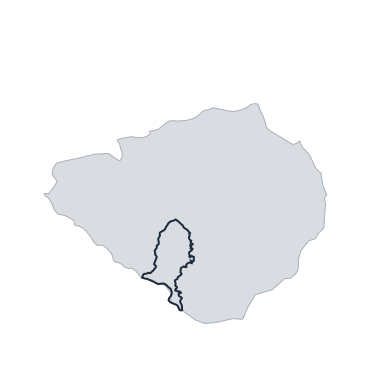 Río Negro highlighted on a map of Uruguay, rotated 300°
{"feature_id": "URY-9", "entity_name": "Río Negro", "entity_type": "Department", "adm_level": 1, "iso_a3": "URY", "parent_name": "Uruguay", "parent_adm1": "", "projection": "equal_earth", "projection_center": [-57.526, -32.894], "detail": "fine", "context": "in_parent", "style": "outline", "palette": "slate", "viewbox_px": 384, "rotation_deg": 300, "n_neighbors": 0, "source": "natural_earth", "source_scale": "10m", "svg_char_len": 5231}
<svg xmlns="http://www.w3.org/2000/svg" viewBox="0 0 384 384"><g transform="rotate(300 192 192)"><path d="M290.1,259.8L288.1,261.8L285.9,265.6L283.2,274.7L274.5,287.2L272.7,294.3L263.4,301.7L256.8,310.0L252.6,309.8L248.8,313.4L226.8,324.1L219.0,322.1L213.2,322.1L207.9,317.4L195.6,315.7L187.8,317.6L177.5,322.8L174.3,322.7L172.1,322.4L166.5,320.3L163.5,315.7L147.5,310.3L134.7,298.2L119.5,298.0L107.9,299.6L106.1,298.0L104.9,294.9L102.5,290.4L92.4,279.6L84.5,269.0L82.9,258.5L84.0,247.1L86.3,233.5L85.9,229.3L88.8,226.9L91.7,226.4L94.5,222.9L97.0,217.6L97.4,213.6L95.4,206.1L94.1,195.7L92.5,190.5L95.7,182.3L95.8,178.3L93.9,174.8L93.4,171.2L94.2,167.5L94.1,163.9L92.9,160.5L93.8,157.7L96.7,155.4L98.9,152.0L100.4,147.4L101.1,143.8L101.1,141.4L100.2,139.1L98.4,136.9L99.3,132.6L102.8,126.1L105.0,120.4L106.1,115.4L106.0,111.3L104.8,108.2L105.3,106.2L107.5,105.1L108.4,101.8L108.1,93.7L105.9,87.0L107.6,81.7L112.5,75.6L115.0,70.6L115.3,66.8L116.8,64.7L119.1,68.7L126.1,69.8L133.2,70.0L134.3,68.9L137.1,62.3L140.8,60.4L144.7,59.9L149.1,60.2L153.7,64.6L166.7,79.1L176.3,89.1L179.2,93.8L181.7,97.3L183.6,100.6L182.7,109.2L182.8,112.9L183.3,114.0L185.4,114.1L188.7,113.5L191.4,111.6L193.6,108.9L195.7,106.7L197.4,105.5L198.0,103.7L199.0,101.8L200.0,101.4L201.9,102.8L206.3,107.7L209.7,112.2L210.6,114.7L211.9,117.4L213.3,119.8L214.3,122.1L217.6,125.0L221.0,126.9L223.3,125.0L229.0,131.2L241.7,136.4L244.0,139.5L246.2,143.9L250.6,150.7L256.7,156.7L261.6,159.3L266.3,160.7L269.0,162.0L270.8,164.4L273.6,166.9L275.4,167.8L276.0,170.0L277.8,174.9L279.7,181.0L281.8,186.8L286.3,192.2L291.4,196.5L296.8,198.9L299.8,201.9L301.1,205.0L297.3,209.6L293.3,215.4L289.7,219.9L286.1,223.1L284.9,225.3L284.0,228.7L283.8,246.6L283.4,253.3L283.6,255.0L284.1,256.2L286.3,258.0L289.0,259.5L290.1,259.8Z" fill="#d9dde1" stroke="#a8b0b8" stroke-width="1"/><path d="M84.8,242.5L83.9,241.7L83.7,240.6L83.9,239.6L84.6,238.7L86.0,237.1L86.4,236.0L86.5,234.8L85.8,230.1L85.8,227.8L86.4,226.0L88.1,225.3L91.9,225.6L93.6,225.4L95.1,224.6L96.7,222.9L97.4,222.0L97.6,221.0L97.7,219.8L97.9,218.8L98.5,216.7L98.8,214.6L98.4,212.9L97.6,211.6L95.8,209.5L95.4,208.6L95.2,207.6L95.1,206.5L95.2,204.0L95.1,202.8L94.8,201.8L95.1,201.4L94.7,200.0L94.3,196.2L93.8,195.4L93.5,194.5L92.9,191.6L94.1,191.4L96.2,191.2L96.5,191.3L97.0,191.5L97.4,191.9L97.6,192.1L98.7,193.6L98.9,193.7L99.1,193.9L100.0,194.4L100.1,194.6L100.3,194.8L100.5,195.3L100.8,196.3L100.9,196.5L101.3,196.7L101.7,196.8L102.7,197.0L103.6,197.2L104.0,197.5L104.5,197.7L108.1,198.1L108.3,198.2L108.6,198.3L109.0,198.3L109.6,197.9L109.9,197.6L110.1,197.3L110.2,196.2L110.3,195.9L110.4,195.7L110.5,195.4L110.7,195.2L117.9,194.0L118.3,193.7L118.7,193.1L118.9,192.8L119.1,192.0L119.2,191.9L119.4,191.5L119.5,191.3L119.7,191.1L119.9,191.0L120.9,190.6L121.1,190.5L121.5,190.1L121.6,189.9L121.9,189.5L122.3,189.2L122.5,189.1L122.9,189.0L123.5,189.0L125.0,189.3L125.4,189.4L126.4,189.1L127.1,188.9L127.8,188.4L128.1,188.4L128.4,188.4L129.3,188.9L129.7,189.0L130.1,189.1L130.8,188.9L131.2,188.8L131.5,188.6L134.2,186.4L134.7,186.2L135.1,186.1L137.7,186.1L138.2,186.0L138.4,185.8L138.9,185.6L139.6,184.9L140.0,184.7L140.3,184.6L140.7,184.6L141.3,184.8L143.6,186.0L144.9,186.9L145.9,187.1L146.8,187.2L147.7,187.1L148.7,186.9L149.1,186.9L150.7,187.2L151.3,187.3L151.7,187.3L152.2,187.1L152.5,187.1L153.2,187.2L155.4,188.0L155.9,188.3L158.1,190.4L158.7,190.9L160.0,191.6L159.8,194.1L158.5,200.2L158.3,201.0L157.5,202.1L157.1,202.9L156.9,204.0L156.9,204.6L157.0,205.7L156.6,207.6L155.9,209.2L155.5,210.8L154.7,210.5L154.0,210.8L153.5,211.5L152.7,211.9L151.5,211.9L150.8,212.3L150.2,212.9L149.9,213.3L149.4,214.5L149.4,214.9L149.4,215.7L148.9,215.9L148.1,215.8L147.4,216.0L147.2,216.5L147.2,217.0L147.4,218.1L147.2,218.7L146.8,218.5L146.2,217.9L145.9,217.7L145.7,217.4L145.3,217.1L144.9,217.1L144.4,217.5L144.4,218.0L144.6,218.4L144.6,218.6L144.0,218.8L143.1,218.8L142.4,219.0L142.5,219.6L143.1,220.4L143.1,220.8L142.6,220.9L141.6,220.9L140.8,220.7L139.2,219.9L138.4,219.7L137.7,219.9L137.0,220.5L136.3,221.1L135.7,221.8L135.4,222.0L134.7,222.1L134.5,222.3L134.5,222.9L134.8,223.2L135.2,223.3L135.6,223.1L136.5,223.5L136.4,224.1L136.6,225.8L136.6,226.1L136.2,226.2L135.2,226.9L133.4,227.9L132.9,227.9L132.4,227.7L132.2,227.1L132.0,225.7L131.5,226.4L130.9,227.2L130.2,227.4L129.8,225.2L129.3,224.6L128.6,224.2L126.9,223.5L126.5,223.4L126.0,223.5L125.5,223.7L124.7,224.4L124.2,224.6L123.8,224.3L123.6,223.8L123.5,223.1L123.5,222.5L123.4,222.1L123.0,221.8L121.2,220.7L120.3,220.5L119.4,220.8L118.6,221.4L118.3,221.5L116.9,222.0L116.6,222.2L116.2,223.4L115.9,223.8L115.1,224.0L113.6,223.3L112.3,223.0L111.7,222.4L111.3,222.3L110.8,222.4L109.9,222.7L109.4,222.7L108.8,222.4L107.6,221.7L106.9,221.5L106.2,221.8L105.7,222.3L105.3,222.9L104.7,223.5L104.1,223.8L102.9,224.1L102.5,224.6L102.3,225.4L102.4,226.1L102.2,226.5L101.3,226.8L100.6,226.7L100.0,226.4L99.4,226.3L98.8,226.5L98.3,226.9L98.3,227.2L98.8,228.3L98.8,228.7L98.8,229.2L98.8,229.6L99.0,229.9L99.5,230.5L99.7,231.4L99.5,232.3L99.2,232.8L98.8,232.4L98.6,232.4L97.9,231.6L97.4,231.3L96.0,232.1L95.6,232.6L95.4,233.2L95.4,235.2L95.2,236.1L94.8,236.4L93.6,236.2L91.7,236.2L90.9,236.7L88.7,239.9L84.8,242.5L84.8,242.5Z" fill="none" stroke="#1e293b" stroke-width="2"/></g></svg>